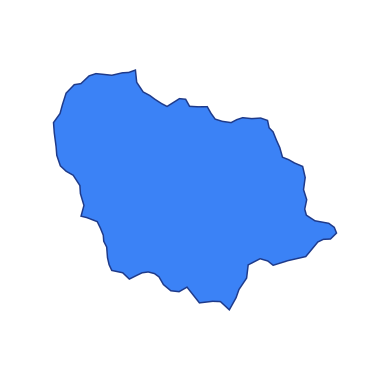 outline of Santo Antônio do Jardim, São Paulo, Brazil, rotated 12°
{"feature_id": "56859067B903124124790", "entity_name": "Santo Antônio do Jardim", "entity_type": "district", "adm_level": 2, "iso_a3": "BRA", "parent_name": "Brazil", "parent_adm1": "São Paulo", "projection": "robinson", "projection_center": [-46.682, -22.131], "detail": "fine", "context": "isolated", "style": "filled", "palette": "blue", "viewbox_px": 384, "rotation_deg": 12, "n_neighbors": 0, "source": "geoboundaries", "source_scale": "gbopen_adm2", "svg_char_len": 1316}
<svg xmlns="http://www.w3.org/2000/svg" viewBox="0 0 384 384"><g transform="rotate(12 192 192)"><path d="M253.0,299.5L257.1,286.2L258.2,277.6L263.3,264.9L262.1,251.6L272.5,243.1L280.4,243.7L286.6,246.8L299.9,239.3L316.7,231.5L325.5,214.7L330.3,211.0L337.2,209.2L341.9,202.1L338.5,197.0L332.3,194.2L318.2,194.6L308.7,190.9L305.8,185.3L305.8,175.7L300.6,166.5L299.7,154.3L294.9,144.0L286.1,142.3L279.9,140.3L273.3,139.2L268.6,130.3L263.9,123.9L258.8,116.3L254.1,113.2L251.0,106.3L243.8,105.4L235.2,107.8L226.1,108.8L220.8,111.9L215.8,116.0L206.9,116.6L199.5,115.9L194.2,111.1L189.2,105.4L180.3,107.4L171.8,108.7L166.5,102.6L160.3,103.3L155.5,108.0L149.8,113.5L143.7,111.8L136.6,109.1L130.7,106.4L123.4,104.3L115.1,96.2L111.3,84.5L105.3,88.2L99.1,89.9L89.3,94.5L80.5,95.4L73.4,96.2L67.2,99.8L60.8,109.1L54.5,111.5L48.3,121.5L47.1,133.7L46.6,142.7L42.1,152.9L45.0,162.8L49.7,176.1L52.1,184.2L57.8,193.8L64.6,197.9L72.3,200.3L81.0,209.0L83.2,216.8L89.1,227.6L88.5,238.7L94.4,238.9L105.5,240.7L110.0,246.5L114.2,252.7L115.9,258.5L120.0,263.6L123.0,273.8L126.0,280.3L129.8,285.4L141.0,285.4L148.8,290.2L155.2,285.1L160.0,281.4L165.8,279.3L172.3,279.6L177.4,281.9L183.3,288.5L191.8,293.0L200.1,292.2L206.9,286.1L222.3,298.9L235.0,294.6L242.6,293.3L253.0,299.5Z" fill="#3b82f6" stroke="#1e3a8a" stroke-width="1.5"/></g></svg>